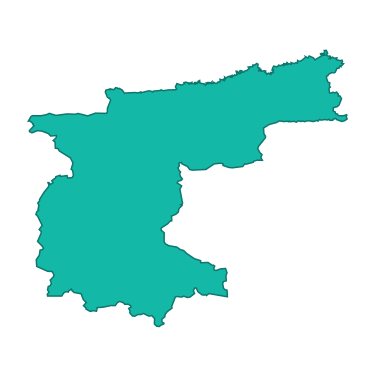 Morona, Morona Santiago, Ecuador, rotated 266°
{"feature_id": "8360857B55598712606622", "entity_name": "Morona", "entity_type": "district", "adm_level": 2, "iso_a3": "ECU", "parent_name": "Ecuador", "parent_adm1": "Morona Santiago", "projection": "equal_earth", "projection_center": [-78.014, -2.429], "detail": "fine", "context": "isolated", "style": "filled", "palette": "teal", "viewbox_px": 384, "rotation_deg": 266, "n_neighbors": 0, "source": "geoboundaries", "source_scale": "gbopen_adm2", "svg_char_len": 6000}
<svg xmlns="http://www.w3.org/2000/svg" viewBox="0 0 384 384"><g transform="rotate(266 192 192)"><path d="M85.0,220.0L91.6,220.1L92.5,217.8L93.7,216.8L98.2,216.2L100.4,217.0L101.0,220.0L106.1,220.0L108.9,221.3L113.4,220.1L113.3,215.0L112.0,210.5L112.7,208.6L114.3,208.4L116.5,209.5L117.5,208.3L117.4,207.1L120.6,203.1L120.8,195.7L122.9,195.8L125.3,189.7L131.2,182.2L134.2,179.6L135.3,176.4L138.1,173.0L140.0,165.3L142.0,162.0L144.1,160.7L153.3,161.4L156.2,158.4L158.3,158.9L162.1,165.7L164.4,168.0L164.7,169.8L169.4,169.9L170.9,174.3L172.9,176.9L176.3,177.8L179.2,181.1L180.2,180.0L180.3,181.2L181.4,181.8L195.7,180.1L198.8,182.1L202.1,177.8L203.9,179.1L204.3,182.0L205.7,183.3L208.5,181.4L211.1,181.0L212.9,182.0L214.1,180.7L217.2,179.6L218.9,181.2L221.7,180.9L222.1,183.5L220.7,184.1L217.8,189.2L214.6,191.3L213.8,193.7L213.5,207.4L218.4,215.9L218.8,221.9L218.0,225.0L216.3,224.8L214.0,230.2L213.3,234.0L213.9,244.4L216.3,246.4L216.0,248.1L217.4,255.2L218.5,255.9L219.2,259.1L218.7,264.4L221.7,263.1L224.4,264.5L226.3,262.6L230.7,260.6L233.0,261.6L241.0,269.0L242.6,269.2L245.1,267.8L250.8,267.8L254.0,273.8L255.4,281.0L256.8,284.1L255.8,288.8L256.0,291.6L255.3,293.3L256.0,294.0L255.2,294.9L255.4,298.6L254.4,301.0L255.7,303.3L254.7,305.3L255.1,307.1L254.3,309.3L254.9,311.3L254.8,314.0L253.8,317.9L254.7,321.8L253.9,322.6L255.5,324.5L254.7,325.7L255.0,329.3L254.4,332.4L255.0,333.5L253.9,334.6L253.7,337.4L254.7,338.0L255.4,340.5L254.1,341.4L251.9,346.4L252.5,349.3L254.0,351.8L256.9,351.1L257.7,351.8L258.3,351.6L257.5,348.2L257.8,344.3L258.5,342.8L259.6,342.6L260.1,340.7L261.9,340.4L262.9,338.5L266.3,338.9L267.0,342.8L268.4,344.7L274.7,347.7L277.5,346.2L277.6,344.6L279.4,344.8L281.6,343.2L280.9,341.0L281.7,339.6L281.0,337.5L281.3,336.1L285.9,335.8L287.0,337.3L288.4,336.4L291.2,337.1L292.2,335.2L296.5,334.1L298.3,334.4L298.4,335.5L299.9,336.5L301.3,339.6L301.0,342.1L301.6,343.3L305.3,345.3L305.3,347.3L307.1,348.3L306.8,349.1L307.4,348.8L307.7,350.3L309.4,352.1L310.0,350.2L311.9,351.3L313.0,350.9L312.7,349.1L313.9,345.2L315.7,345.9L315.5,343.3L316.7,341.7L315.3,339.6L315.5,338.1L317.3,339.7L318.0,339.1L318.0,337.3L319.5,335.5L321.0,337.0L323.9,335.9L323.9,333.8L323.0,334.2L320.7,332.9L321.3,331.0L320.8,329.8L320.2,330.1L320.0,333.8L319.2,333.9L319.3,331.8L315.2,323.8L317.3,322.6L319.5,318.4L317.6,317.1L319.1,314.7L318.6,314.9L315.1,309.9L315.0,307.5L315.8,306.5L313.2,306.1L313.7,304.7L313.0,302.7L314.2,299.8L312.5,299.9L313.3,297.3L312.0,295.7L313.5,296.6L314.6,295.8L313.2,294.7L313.7,292.5L312.7,292.5L312.4,293.8L311.6,291.9L312.7,291.5L311.9,289.2L312.5,287.2L311.6,286.7L311.0,284.9L311.9,282.2L309.1,280.7L308.1,281.7L307.8,280.4L305.9,281.7L305.1,280.2L306.2,278.6L304.4,279.5L303.7,278.7L305.2,277.0L304.3,274.8L305.2,274.9L306.1,273.2L307.4,274.0L308.0,272.7L307.6,269.8L309.7,269.1L309.4,268.4L308.0,268.7L308.3,266.9L310.9,268.0L311.6,266.3L314.9,266.8L315.7,265.5L314.3,263.4L314.4,261.5L312.9,261.5L312.7,256.8L311.3,257.8L309.4,255.2L308.8,252.4L307.9,251.9L308.6,250.0L309.4,250.2L309.8,248.5L308.5,247.5L307.5,249.3L306.6,247.8L307.0,246.2L308.3,246.9L308.3,245.2L309.3,245.4L309.4,244.4L306.1,245.2L305.3,243.6L305.9,242.9L305.0,241.6L305.9,239.8L305.2,240.6L303.6,239.9L303.8,238.7L304.7,239.7L305.3,239.0L304.6,238.4L304.9,237.3L304.1,234.9L303.1,233.8L304.3,232.6L302.9,232.7L302.4,231.5L301.8,232.7L300.8,232.3L302.5,227.8L300.0,227.8L299.9,225.5L298.8,224.8L298.8,223.0L300.0,221.1L298.9,220.9L298.8,219.2L300.3,219.4L299.1,218.3L299.9,217.5L300.1,215.0L299.8,213.9L299.0,215.4L298.9,213.8L297.6,212.8L298.9,211.8L300.1,207.5L302.7,207.4L302.1,206.0L301.3,206.0L301.6,205.0L300.8,205.8L300.6,204.8L300.0,204.8L300.0,203.8L300.9,203.9L301.0,202.3L299.5,202.7L300.5,199.3L301.4,199.5L301.1,198.6L300.3,198.7L300.9,197.1L300.0,197.2L300.1,196.0L301.2,195.5L302.0,193.6L301.7,191.6L300.6,192.0L299.3,189.0L301.2,184.5L298.1,182.8L295.6,183.8L295.1,182.5L295.5,175.7L295.0,170.3L296.1,168.2L295.5,167.5L295.3,160.5L294.4,159.9L295.6,157.8L295.9,155.5L294.5,148.0L295.4,148.0L294.6,145.0L295.2,142.2L295.4,131.4L298.5,129.6L300.5,126.6L300.2,125.1L301.0,124.7L301.4,123.0L299.5,121.2L300.6,117.6L299.8,117.6L300.2,116.0L299.6,113.2L297.8,112.5L292.5,114.2L290.5,116.8L289.2,117.2L281.5,113.5L277.5,113.1L276.4,112.0L277.4,101.1L275.2,93.3L278.3,83.8L277.7,81.2L278.6,72.8L277.9,61.6L280.4,55.2L279.3,52.2L278.6,46.4L279.3,38.0L278.3,36.5L274.1,33.7L274.1,35.3L271.2,38.3L270.3,38.0L269.2,39.1L264.7,34.2L263.6,34.1L262.2,36.5L264.0,42.1L263.2,46.6L260.3,52.8L257.7,54.9L257.8,60.7L255.7,60.4L253.0,57.1L251.4,58.9L245.2,58.7L244.6,61.4L242.2,62.5L234.4,73.2L229.1,75.3L223.1,73.0L222.1,74.3L219.1,74.7L216.7,74.8L214.7,73.4L214.6,69.0L217.1,68.5L216.7,61.9L217.9,61.5L216.8,57.3L215.6,56.9L213.1,52.9L211.0,54.0L209.4,51.3L211.4,50.0L211.4,49.0L208.6,49.8L206.9,48.9L202.1,44.4L195.2,39.4L193.6,39.3L191.9,37.4L189.3,38.3L185.5,37.2L184.6,37.8L183.3,35.9L180.5,34.7L178.7,36.3L169.1,40.2L165.2,36.9L163.2,38.8L161.6,38.7L153.5,34.5L147.9,39.2L146.1,39.8L145.2,39.1L144.6,36.4L139.6,35.3L135.3,31.9L128.6,31.9L123.0,42.4L122.4,47.0L118.6,48.6L116.9,47.7L114.0,44.4L110.6,45.4L108.5,44.0L107.6,41.9L104.2,41.1L102.3,42.4L100.0,40.5L98.3,40.7L97.3,54.8L100.4,57.1L101.4,59.3L100.8,61.7L102.1,62.2L103.5,65.0L102.0,65.4L100.0,67.3L98.2,74.3L92.4,76.0L89.1,78.8L86.1,75.8L83.8,78.2L82.6,78.1L80.0,82.1L80.5,85.5L79.7,88.4L83.3,89.4L83.3,95.4L84.4,103.4L84.0,107.4L86.9,109.9L87.8,111.9L87.5,113.3L86.3,115.8L84.7,117.0L84.5,120.5L82.8,122.9L81.5,123.3L80.3,120.7L78.0,121.8L75.5,121.6L72.5,123.9L72.1,126.3L73.6,129.6L73.3,132.4L74.2,135.2L71.2,140.3L71.5,143.3L68.4,145.8L62.9,145.3L60.6,147.4L60.1,150.0L61.4,151.8L62.2,154.5L63.1,154.9L64.3,152.9L67.2,153.1L69.4,156.2L71.5,156.5L74.3,158.9L77.5,163.9L79.4,163.8L88.5,168.1L88.8,169.6L87.9,174.6L88.7,176.5L87.1,179.9L87.3,182.6L90.5,187.5L93.2,186.5L96.0,187.8L95.9,189.5L91.9,191.1L88.7,194.9L88.3,197.0L88.8,198.3L87.7,199.2L89.5,201.8L85.0,220.0Z" fill="#14b8a6" stroke="#0f766e" stroke-width="1.5"/></g></svg>